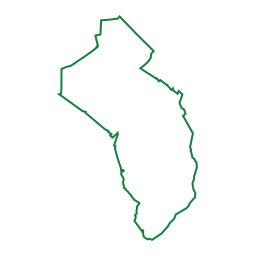 the district of Dumbrava Rosie, Neamt, Romania, rotated 271°
{"feature_id": "2599482B29354123900383", "entity_name": "Dumbrava Rosie", "entity_type": "district", "adm_level": 2, "iso_a3": "ROU", "parent_name": "Romania", "parent_adm1": "Neamt", "projection": "equal_earth", "projection_center": [26.407, 46.891], "detail": "fine", "context": "isolated", "style": "outline", "palette": "green", "viewbox_px": 256, "rotation_deg": 271, "n_neighbors": 0, "source": "geoboundaries", "source_scale": "gbopen_adm2", "svg_char_len": 3024}
<svg xmlns="http://www.w3.org/2000/svg" viewBox="0 0 256 256"><g transform="rotate(271 128 128)"><path d="M162.4,181.8L163.6,180.6L165.9,178.2L163.1,176.9L166.0,173.2L166.6,172.4L167.5,172.3L168.0,172.3L168.4,172.2L167.8,171.7L167.3,171.2L166.8,170.7L171.9,166.1L171.7,166.0L171.7,165.9L171.9,165.6L175.2,161.2L175.3,161.1L176.4,159.7L175.7,159.1L176.0,158.7L175.3,158.1L176.6,157.1L177.9,156.1L177.6,155.9L178.2,154.9L187.8,139.3L191.7,143.9L193.1,145.3L195.3,147.4L198.5,149.5L202.5,149.8L205.4,152.3L222.0,135.0L239.4,117.6L237.2,115.8L236.2,109.3L235.2,99.6L235.2,99.3L227.8,99.0L221.0,98.8L219.8,93.8L216.2,94.7L212.7,95.7L211.8,95.8L210.9,96.4L210.7,96.5L210.3,96.3L209.9,96.2L208.8,95.1L208.0,95.4L208.0,95.5L207.0,94.3L203.7,90.3L199.8,84.8L198.7,83.3L192.9,75.0L189.1,69.6L188.0,65.4L187.0,63.0L186.2,61.3L185.8,60.5L166.1,60.7L161.4,60.5L160.6,58.5L144.2,82.1L143.3,85.5L142.4,85.3L129.7,100.8L125.8,105.8L124.8,108.4L123.9,108.1L122.1,110.8L121.7,111.4L121.6,111.2L120.4,110.2L120.3,110.3L120.1,110.4L120.1,110.5L120.3,110.7L120.2,110.7L120.2,110.8L119.9,111.0L119.5,111.3L119.3,111.5L119.1,111.7L119.0,111.8L118.7,112.0L118.3,112.4L118.3,112.5L118.2,112.6L118.1,112.8L122.9,117.8L121.9,118.0L121.5,117.9L119.9,117.5L110.7,114.5L110.2,114.4L110.1,114.7L109.9,115.0L109.9,115.4L109.8,115.5L109.7,115.7L109.6,115.8L108.9,115.5L107.0,115.4L96.4,118.5L88.1,121.5L85.7,121.7L85.7,122.0L85.9,122.3L85.7,122.9L85.5,123.0L85.8,123.1L85.9,123.5L85.6,124.2L85.4,124.5L85.1,124.3L84.9,124.1L84.5,123.8L84.4,123.7L84.2,123.3L84.0,122.7L83.9,122.5L83.8,122.3L83.7,122.2L82.1,121.9L80.9,122.4L80.1,122.8L79.6,123.2L79.1,123.4L78.7,123.9L78.1,124.1L76.9,124.6L76.1,124.4L75.4,124.4L75.0,124.2L74.2,124.2L73.5,124.0L73.1,124.0L72.7,124.1L71.9,124.1L71.3,124.5L70.5,124.7L70.3,124.8L69.3,124.9L68.3,125.2L67.7,125.2L67.6,125.6L67.6,126.2L67.4,126.4L66.2,127.0L66.0,127.4L65.4,127.8L64.7,128.7L63.4,129.7L61.5,131.6L61.4,131.8L59.7,132.7L58.5,133.8L57.1,134.8L56.3,135.5L53.2,140.7L52.8,140.6L52.4,140.4L51.9,140.0L51.7,139.8L51.3,139.5L50.6,139.0L49.5,138.3L48.7,138.3L48.1,138.3L47.8,138.4L45.7,138.0L45.2,137.9L44.4,138.0L43.9,138.1L43.7,138.1L43.3,138.2L43.0,138.2L42.1,137.8L40.9,136.5L39.7,137.2L39.3,137.2L38.5,137.2L37.9,136.9L36.8,136.8L35.4,136.0L25.0,143.8L25.4,143.9L26.1,144.4L26.1,144.5L25.8,144.9L25.0,145.0L24.0,144.9L23.4,144.9L23.0,145.0L20.5,145.3L19.5,145.8L19.1,146.1L18.9,146.5L18.3,147.2L17.9,148.0L17.8,148.4L17.5,148.7L17.3,149.0L17.2,149.4L17.2,149.7L17.0,150.0L17.2,150.4L17.5,150.9L17.4,151.3L17.3,152.5L17.1,152.8L17.0,153.2L16.6,154.0L23.0,163.3L30.3,169.6L33.6,171.3L37.9,175.7L42.4,177.3L48.7,187.7L50.8,189.7L54.0,191.1L59.3,195.7L59.6,196.0L62.3,196.4L64.3,196.4L66.4,195.3L67.7,194.5L70.5,194.0L72.0,193.6L74.3,193.5L77.3,194.7L81.4,195.1L88.0,197.1L90.1,197.5L95.2,197.0L95.9,196.0L97.9,195.1L99.7,192.8L101.9,192.5L106.9,191.0L107.5,191.5L110.1,190.4L123.8,193.0L141.1,182.8L143.1,185.3L147.4,183.8L149.0,181.1L154.0,179.1L162.4,181.8Z" fill="none" stroke="#15803d" stroke-width="2"/></g></svg>